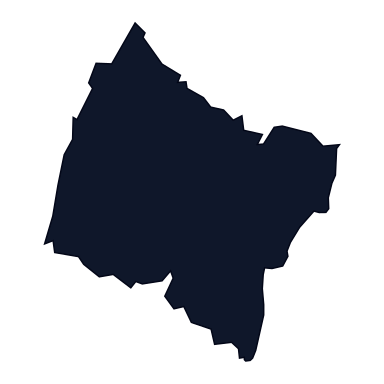 Glynn, Georgia, United States of America
{"feature_id": "52423323B35006791438696", "entity_name": "Glynn", "entity_type": "district", "adm_level": 2, "iso_a3": "USA", "parent_name": "United States of America", "parent_adm1": "Georgia", "projection": "equal_earth", "projection_center": [-81.504, 31.233], "detail": "fine", "context": "isolated", "style": "filled", "palette": "ink", "viewbox_px": 384, "rotation_deg": 0, "n_neighbors": 0, "source": "geoboundaries", "source_scale": "gbopen_adm2", "svg_char_len": 1063}
<svg xmlns="http://www.w3.org/2000/svg" viewBox="0 0 384 384"><path d="M135.1,23.0L111.7,63.9L96.1,63.3L88.7,82.9L92.6,88.4L77.0,119.6L73.2,117.4L72.6,139.4L64.2,154.7L58.0,185.0L52.8,216.1L44.6,243.9L53.1,240.6L54.7,252.5L78.5,256.6L83.7,264.3L99.3,276.8L113.2,274.4L130.8,287.8L135.8,281.5L142.3,283.9L162.1,280.8L170.6,270.8L173.2,278.2L164.8,296.2L174.0,308.8L183.8,306.5L191.4,322.4L211.1,329.1L214.6,344.3L231.6,342.3L238.5,348.7L239.5,358.1L244.3,357.3L244.4,359.7L245.7,361.0L250.2,360.4L252.6,358.1L255.7,350.4L263.7,315.0L263.7,304.7L262.3,288.6L263.2,274.6L264.6,267.8L272.0,268.5L282.7,266.0L287.9,256.3L287.0,251.1L290.4,242.4L299.6,227.3L313.9,211.1L319.2,212.5L325.9,212.4L328.7,208.7L328.3,197.7L331.9,183.2L335.4,175.2L336.6,148.5L339.4,144.7L323.0,146.2L311.0,133.4L282.3,126.1L274.2,127.3L263.5,144.1L257.3,144.5L262.4,134.5L243.7,130.3L241.9,115.8L233.2,120.2L223.6,110.0L210.7,107.1L203.5,97.7L187.0,88.4L186.0,81.8L177.6,82.4L180.4,75.3L162.0,64.1L143.0,37.4L145.0,32.9L135.1,23.0Z" fill="#0f172a" stroke="#020617" stroke-width="1.5"/></svg>